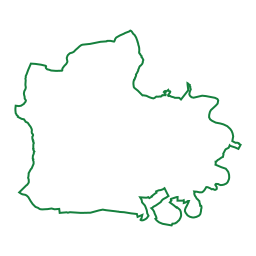 the district of Farcasa, Maramures, Romania
{"feature_id": "2599482B60199590435941", "entity_name": "Farcasa", "entity_type": "district", "adm_level": 2, "iso_a3": "ROU", "parent_name": "Romania", "parent_adm1": "Maramures", "projection": "natural_earth1", "projection_center": [23.328, 47.604], "detail": "fine", "context": "isolated", "style": "outline", "palette": "green", "viewbox_px": 256, "rotation_deg": 0, "n_neighbors": 0, "source": "geoboundaries", "source_scale": "gbopen_adm2", "svg_char_len": 5755}
<svg xmlns="http://www.w3.org/2000/svg" viewBox="0 0 256 256"><path d="M140.6,220.0L141.3,220.3L142.7,220.3L143.5,220.1L144.8,219.5L146.1,218.7L146.9,218.0L148.5,215.8L147.2,213.3L147.1,212.3L146.7,210.1L145.3,206.4L144.8,205.4L142.1,202.4L141.6,199.8L140.1,197.3L145.8,197.7L147.2,197.6L148.2,197.1L149.3,198.1L151.9,196.6L151.7,196.2L155.0,193.6L156.5,192.7L156.1,191.4L158.8,190.3L160.6,190.1L162.9,189.3L164.5,188.2L167.3,193.8L168.5,196.0L166.1,197.6L163.3,199.1L162.2,200.0L161.2,201.3L161.1,201.7L160.0,202.6L155.8,205.5L153.3,206.8L152.4,207.8L151.4,208.2L152.8,209.6L154.1,211.6L154.6,213.4L156.1,216.6L156.5,218.1L155.4,218.8L156.2,219.9L157.7,221.3L159.2,222.4L162.6,223.8L171.6,225.4L172.4,223.7L173.6,223.7L175.6,223.2L175.9,222.8L176.8,222.4L177.3,221.8L179.2,220.1L180.5,217.7L181.1,215.8L181.1,214.5L180.8,211.9L180.1,210.1L179.6,209.5L176.9,207.2L176.5,207.6L173.8,205.3L169.8,202.4L171.4,200.6L170.8,199.8L171.0,198.9L176.6,197.1L177.6,197.0L177.5,200.7L182.6,200.7L183.7,200.2L183.9,202.0L183.8,203.0L185.2,202.6L187.9,201.0L188.8,201.0L188.7,201.2L188.8,201.2L188.6,202.0L186.8,205.8L185.7,207.7L185.0,209.6L184.9,211.1L185.6,212.7L187.5,215.3L189.7,216.7L192.2,217.4L193.8,217.5L196.4,216.9L198.9,215.7L200.1,214.4L200.4,213.7L201.0,211.1L201.1,209.4L201.5,207.9L201.4,206.3L201.2,205.8L200.2,205.8L200.0,204.0L199.6,203.0L199.3,201.0L198.4,200.4L198.2,199.8L196.7,198.6L195.8,196.9L194.9,195.7L194.3,194.0L194.3,192.9L194.6,192.6L194.2,191.5L196.7,191.7L199.4,192.3L201.6,192.3L202.2,192.2L203.4,191.3L204.6,189.9L206.3,187.1L207.7,187.2L210.2,188.3L211.7,189.3L213.0,189.0L214.5,189.8L215.5,189.8L216.7,189.0L216.8,188.5L216.7,187.0L215.3,184.9L215.4,184.5L216.0,183.9L218.1,184.0L219.2,184.6L220.5,185.1L222.1,185.0L224.0,184.6L225.7,183.8L226.2,183.6L227.4,182.5L227.9,181.6L229.0,179.0L229.2,177.5L229.1,175.3L229.0,174.5L228.3,172.1L227.9,171.4L225.8,168.7L221.4,167.2L215.5,164.7L215.7,164.1L215.6,161.7L216.2,161.7L217.7,160.0L218.6,159.6L221.7,157.4L222.9,157.0L223.5,154.4L223.2,153.8L224.6,151.1L225.4,149.6L225.8,149.2L228.6,147.8L229.3,146.4L229.7,145.3L230.3,145.9L235.0,147.4L238.4,148.9L240.6,144.8L239.4,144.1L239.5,144.0L239.2,143.6L238.6,143.1L237.1,142.7L235.5,142.8L232.3,141.1L233.2,136.4L232.6,133.4L231.6,130.9L230.2,128.9L227.3,126.2L223.5,124.4L220.4,123.5L215.7,122.6L211.9,120.7L210.1,119.3L209.1,117.3L209.2,114.9L209.9,112.0L210.9,110.1L215.9,105.5L217.6,103.6L218.2,100.4L217.4,99.0L214.9,97.8L206.0,96.1L202.2,95.7L193.6,97.7L191.5,97.2L189.9,95.7L189.3,94.2L189.8,91.7L190.8,89.2L190.3,88.3L190.3,86.9L189.9,86.7L190.0,86.5L189.8,85.8L189.8,84.9L189.2,84.7L188.0,83.5L187.5,83.2L187.6,84.9L188.2,89.5L188.1,90.4L181.0,99.5L179.4,98.0L179.0,97.8L174.8,97.8L173.8,97.3L171.1,96.6L170.4,96.1L169.6,95.8L168.9,96.1L168.3,95.9L168.1,95.5L168.2,94.9L169.9,92.7L170.3,91.8L170.0,91.3L169.3,91.3L168.7,90.9L168.5,90.4L167.9,90.5L167.9,90.2L166.2,91.5L165.5,91.0L165.3,91.1L165.4,91.3L165.1,91.5L165.0,92.0L164.4,91.4L164.2,91.6L164.7,92.1L164.3,92.3L165.0,92.8L164.6,93.2L164.6,93.5L164.9,94.9L165.6,94.8L165.5,95.2L164.3,95.1L163.8,95.3L162.6,95.1L161.9,95.5L161.6,96.2L160.7,96.6L160.2,96.4L158.4,96.7L156.3,96.6L154.6,97.9L153.4,98.4L151.6,98.0L149.3,97.2L146.4,95.8L143.4,95.3L142.5,95.4L137.9,90.7L134.5,88.0L133.8,87.0L133.4,83.9L133.5,81.9L134.0,79.9L134.3,79.9L134.6,79.5L134.7,78.8L135.1,78.1L135.1,77.5L135.5,77.1L136.1,75.5L135.9,74.6L137.3,72.5L137.5,71.8L138.2,70.7L138.2,69.8L139.0,68.1L139.3,67.1L139.9,66.1L140.8,65.5L142.2,63.9L142.8,62.4L142.8,61.4L143.2,60.5L143.3,59.8L142.0,57.5L141.5,57.1L141.6,56.1L140.8,55.4L140.2,54.1L139.8,53.9L139.7,53.5L139.2,53.0L139.1,52.0L139.3,51.0L139.2,48.1L138.9,46.5L138.3,44.7L138.1,43.3L137.5,41.8L137.6,41.6L136.1,37.5L134.6,35.0L133.2,33.8L131.8,31.6L131.0,30.9L130.3,30.6L129.1,31.5L125.1,33.0L123.9,33.7L120.0,35.4L116.3,37.5L115.8,38.1L115.2,39.0L114.6,40.8L114.0,41.6L110.6,40.9L107.3,40.9L106.9,41.0L106.7,41.3L106.1,41.4L100.5,41.8L90.1,43.9L82.5,44.7L81.3,45.1L79.5,46.4L77.8,48.0L75.6,49.9L73.9,51.7L72.5,52.5L69.8,53.3L67.9,55.1L67.5,55.8L66.8,57.8L66.8,58.5L67.4,61.5L67.2,62.3L66.2,64.0L64.4,65.8L62.8,67.9L62.3,69.0L62.3,70.2L62.2,70.5L61.9,70.7L56.1,70.9L51.1,70.5L49.3,69.8L47.5,69.4L47.0,69.2L45.9,68.0L45.8,67.3L46.1,66.3L45.8,65.9L45.3,65.7L41.0,64.7L35.3,63.9L30.9,63.6L28.1,70.1L26.7,74.0L25.7,76.2L25.8,77.5L25.4,78.6L25.7,80.2L25.4,84.4L25.5,85.8L25.7,86.6L25.8,87.6L25.4,89.2L24.3,91.2L23.9,93.4L24.1,94.9L24.6,96.7L24.7,98.6L25.8,100.2L25.9,100.7L25.3,102.1L24.5,102.9L24.0,103.8L21.1,105.7L18.9,106.1L15.7,105.7L15.4,108.6L15.4,110.0L15.7,113.2L16.4,114.3L16.7,115.1L17.9,116.1L18.0,116.5L17.9,116.9L21.7,118.9L23.5,119.2L24.1,119.4L24.5,120.0L24.6,120.4L25.3,121.1L25.6,121.8L27.4,122.6L28.1,123.2L29.0,124.7L30.6,126.8L31.6,128.9L31.9,130.1L31.7,131.6L31.8,132.7L32.0,133.4L32.8,134.2L33.1,135.0L33.0,135.6L32.3,136.8L32.4,138.9L32.9,139.5L32.7,139.9L32.9,140.7L33.4,141.1L33.1,141.8L33.7,142.6L33.8,143.2L33.5,143.7L33.3,144.9L33.3,147.8L33.1,148.6L33.6,149.0L33.3,149.8L34.4,151.6L33.8,152.2L33.8,153.6L32.9,155.8L32.7,158.6L32.8,158.9L33.3,159.1L33.4,159.3L33.0,160.1L33.6,161.7L33.6,163.8L31.6,168.5L30.9,169.1L28.6,173.3L28.7,173.8L28.4,176.8L28.1,177.8L28.7,179.5L28.8,181.6L28.7,182.6L27.2,184.8L26.4,185.3L19.2,192.4L21.0,193.6L22.4,194.3L25.2,194.8L26.6,195.5L28.3,197.1L30.7,201.2L32.7,204.1L35.5,206.9L38.1,207.9L39.5,208.9L40.3,209.2L42.1,209.4L47.6,209.1L51.6,208.5L54.6,209.3L59.2,208.9L59.7,212.9L66.6,212.3L67.9,212.7L69.9,212.2L80.9,212.9L90.5,212.7L99.0,210.4L102.9,209.6L103.1,209.7L106.1,210.2L115.6,211.3L117.6,211.6L118.3,211.6L118.9,211.8L120.6,212.0L124.0,212.2L131.3,213.4L136.9,214.0L137.6,216.9L142.3,214.9L141.5,218.3L140.6,219.6L140.6,220.0Z" fill="none" stroke="#15803d" stroke-width="2"/></svg>